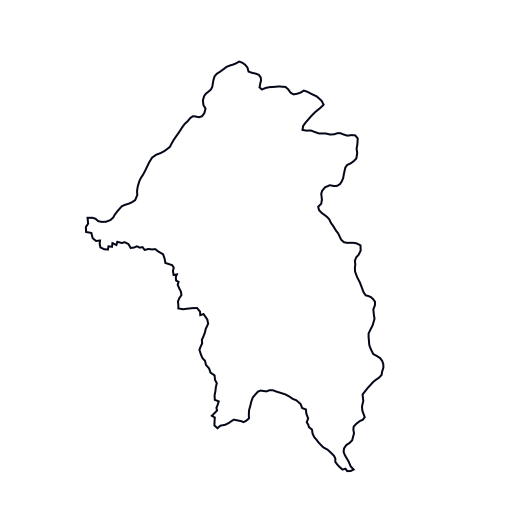 Fruta de Leite, Minas Gerais, Brazil (Albers equal-area conic projection), rotated 22°
{"feature_id": "56859067B77159548363551", "entity_name": "Fruta de Leite", "entity_type": "district", "adm_level": 2, "iso_a3": "BRA", "parent_name": "Brazil", "parent_adm1": "Minas Gerais", "projection": "albers", "projection_center": [-42.516, -16.13], "detail": "fine", "context": "isolated", "style": "outline", "palette": "ink", "viewbox_px": 512, "rotation_deg": 22, "n_neighbors": 0, "source": "geoboundaries", "source_scale": "gbopen_adm2", "svg_char_len": 4579}
<svg xmlns="http://www.w3.org/2000/svg" viewBox="0 0 512 512"><g transform="rotate(22 256 256)"><path d="M262.0,90.4L258.8,87.6L256.0,86.5L252.5,85.3L247.1,85.0L242.2,84.5L238.4,84.7L236.2,87.7L233.3,90.2L230.2,92.1L226.8,91.6L223.4,89.4L220.0,88.2L216.7,89.3L213.7,90.2L209.5,92.4L205.4,94.3L202.1,96.5L199.1,99.4L196.1,98.3L195.3,94.3L194.9,91.3L193.5,88.7L190.9,87.0L187.3,87.0L184.2,87.6L180.0,87.8L177.4,84.4L174.2,82.7L170.8,81.9L167.5,82.1L165.2,85.0L162.6,87.5L160.5,89.1L157.8,91.7L156.0,94.8L153.7,98.5L151.4,101.7L150.3,104.8L150.6,108.7L151.4,112.5L152.1,115.5L151.8,118.6L150.2,121.7L148.6,124.5L148.0,127.4L148.5,131.7L150.7,135.7L154.0,138.3L154.6,142.9L153.6,146.7L151.1,148.7L148.2,149.2L145.2,150.0L143.4,152.6L142.2,156.5L140.4,160.3L139.3,164.6L138.7,168.1L138.0,171.3L136.9,175.9L136.1,179.7L135.6,183.6L135.3,187.1L133.8,189.7L131.7,193.1L128.8,196.5L125.6,199.4L122.8,203.7L121.9,208.8L121.5,214.7L121.3,218.4L120.8,222.9L120.0,226.9L119.8,230.3L120.3,235.8L121.3,240.1L123.1,244.1L123.0,249.5L120.8,252.7L118.4,255.2L115.3,257.7L113.0,260.0L111.8,263.3L110.6,266.8L109.5,270.9L109.2,273.8L107.5,277.3L104.0,280.5L100.1,282.2L96.6,282.8L93.3,281.6L90.1,281.8L85.5,283.7L88.2,288.8L87.4,292.9L89.5,297.4L94.7,296.3L97.8,300.6L102.0,302.0L105.6,300.1L106.5,303.3L108.5,306.3L112.7,306.6L116.3,305.5L115.6,302.3L119.0,301.4L118.1,297.8L122.4,298.1L122.1,294.8L126.8,294.2L129.0,292.4L133.2,292.7L136.8,295.5L139.8,293.8L142.0,291.6L145.0,291.8L147.5,290.3L150.5,292.1L153.6,289.8L157.3,288.8L159.9,287.4L164.0,288.5L169.2,289.2L172.2,292.6L174.6,296.4L178.7,296.1L181.7,295.9L184.1,297.6L184.6,301.0L186.7,304.5L189.5,302.7L189.5,305.6L191.1,308.7L193.9,309.0L194.1,311.9L197.2,315.0L199.8,317.2L201.5,320.3L200.7,323.7L200.7,327.4L202.5,330.9L203.6,333.7L208.3,332.7L212.2,330.5L216.3,328.3L220.8,326.3L224.9,328.5L226.5,331.7L229.1,329.5L231.9,331.3L234.6,333.1L237.0,336.7L236.7,342.3L237.3,346.1L237.4,350.0L237.2,354.0L238.8,357.2L238.6,360.9L238.7,364.2L241.0,367.0L242.9,369.1L245.0,371.0L247.9,372.2L250.5,375.8L254.6,377.8L257.5,381.2L262.3,382.2L264.4,386.2L267.3,388.6L267.9,392.6L269.0,396.5L269.8,400.8L271.7,404.8L275.9,404.8L276.2,408.3L276.2,411.7L277.8,413.8L276.4,417.2L274.9,420.7L278.3,421.2L279.5,424.8L280.9,428.7L284.8,430.1L286.5,426.7L290.7,424.0L293.2,421.2L294.9,418.6L296.8,416.0L300.8,415.3L303.9,414.7L306.7,414.7L308.6,412.5L310.3,409.2L308.6,405.3L307.3,401.4L306.8,396.7L306.2,393.0L306.0,388.5L307.4,384.2L308.6,381.0L310.8,379.0L313.4,378.4L316.4,377.6L319.1,375.2L322.3,374.1L325.5,374.1L328.8,373.8L334.9,373.3L339.6,373.8L343.4,374.7L347.5,374.7L352.7,376.5L355.8,379.7L359.8,379.6L361.7,383.3L365.2,387.1L365.3,391.1L367.6,392.8L369.3,394.9L373.0,396.0L374.9,399.4L377.9,402.2L380.8,403.6L383.5,405.3L386.3,406.6L390.0,408.2L395.1,408.8L399.8,410.6L403.1,412.0L405.3,413.9L406.7,417.2L409.1,418.7L412.2,420.2L416.2,421.6L418.7,419.7L421.1,421.3L424.3,419.9L426.5,417.4L422.6,415.6L419.0,412.0L415.5,409.3L412.9,407.3L410.6,404.8L409.7,401.4L410.5,397.6L412.7,394.4L414.2,390.9L413.3,383.7L411.2,380.3L410.5,377.5L411.9,373.9L414.2,370.0L416.4,367.8L417.2,364.7L414.9,362.2L412.5,359.5L410.7,356.0L410.2,353.1L409.8,350.2L408.4,347.7L406.7,344.5L408.0,339.9L409.1,336.2L410.5,332.6L411.8,329.0L413.2,326.4L415.6,322.8L417.0,319.3L416.3,316.3L415.9,311.7L414.5,308.5L412.3,306.0L409.2,304.1L405.1,303.4L401.5,303.0L398.7,300.6L395.8,297.8L394.0,295.5L392.5,292.3L390.7,288.9L389.4,285.5L389.7,281.1L390.1,276.5L389.4,269.8L386.8,265.4L384.8,261.6L384.7,257.0L383.5,253.9L380.9,252.2L378.1,251.1L375.3,251.0L372.4,251.4L369.2,249.2L366.9,246.7L365.1,244.7L361.9,241.3L358.4,238.4L355.9,235.8L353.6,233.2L352.1,229.9L351.2,226.5L349.5,223.5L349.4,219.8L350.7,216.3L351.0,211.7L348.9,207.0L344.5,206.6L341.4,207.3L338.8,208.3L335.8,209.6L332.4,210.3L328.9,209.0L325.9,206.3L323.7,204.2L321.1,202.8L318.5,200.9L316.1,199.1L313.0,197.2L310.3,194.6L307.4,193.2L304.2,192.3L300.7,191.4L297.3,189.9L295.2,187.1L296.9,183.1L296.0,179.0L294.5,176.3L293.2,173.9L292.9,170.8L294.3,166.4L298.0,162.7L302.2,161.9L304.8,160.7L306.9,157.9L307.6,154.6L307.6,151.0L306.8,147.2L306.2,143.7L305.7,140.6L306.4,137.5L309.1,134.6L311.2,131.2L312.5,128.0L311.3,122.7L309.1,118.9L308.1,114.3L306.3,108.9L302.8,107.0L299.1,108.2L295.7,110.2L292.0,110.5L287.9,110.6L285.4,111.7L283.0,113.8L279.3,115.6L274.6,116.3L271.2,117.7L268.5,118.8L264.2,119.0L259.8,119.1L255.7,120.9L251.9,121.7L251.0,117.8L252.0,113.6L253.3,110.0L254.4,106.6L255.7,103.3L257.2,99.9L258.8,97.1L260.2,94.5L262.0,90.4Z" fill="none" stroke="#020617" stroke-width="2"/></g></svg>